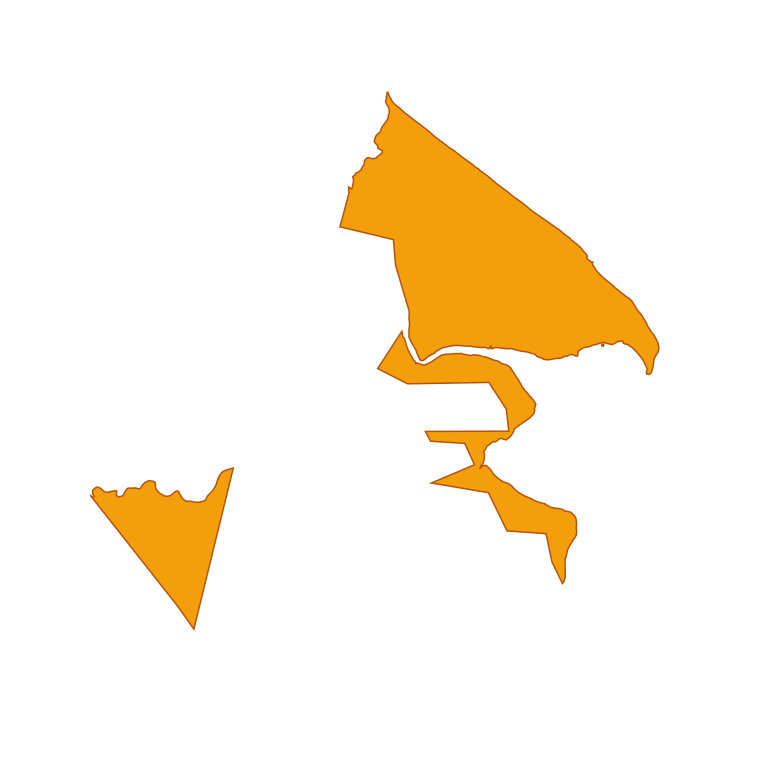 the district of Mapoon, Queensland, Australia, rotated 104°
{"feature_id": "25037944B16136262303417", "entity_name": "Mapoon", "entity_type": "district", "adm_level": 2, "iso_a3": "AUS", "parent_name": "Australia", "parent_adm1": "Queensland", "projection": "albers", "projection_center": [141.958, -12.172], "detail": "fine", "context": "isolated", "style": "filled", "palette": "amber", "viewbox_px": 768, "rotation_deg": 104, "n_neighbors": 0, "source": "geoboundaries", "source_scale": "gbopen_adm2", "svg_char_len": 6174}
<svg xmlns="http://www.w3.org/2000/svg" viewBox="0 0 768 768"><g transform="rotate(104 384 384)"><path d="M315.8,375.0L319.3,373.8L325.6,372.8L332.5,371.1L336.2,368.3L343.4,361.2L348.4,357.8L349.0,357.0L349.4,357.0L352.0,354.7L352.2,353.9L352.1,352.7L351.4,351.5L350.5,350.5L348.8,349.3L347.5,348.6L346.2,347.4L344.8,345.7L343.7,345.6L343.6,344.3L343.3,343.9L341.5,342.3L341.3,342.4L339.8,341.2L337.5,339.1L337.1,338.4L336.2,337.8L334.8,336.0L333.7,334.2L333.5,333.1L332.8,332.3L330.2,326.4L329.7,325.8L329.6,324.5L328.8,322.1L328.2,319.0L328.1,317.8L326.9,311.3L326.5,310.5L326.2,306.5L325.6,302.0L325.1,298.8L324.2,295.3L324.0,292.9L324.4,291.4L324.1,289.9L322.3,290.0L321.2,289.3L323.1,288.5L323.7,287.9L322.0,285.5L321.3,283.5L320.1,273.5L318.9,269.3L319.0,259.0L318.3,253.0L318.7,244.7L320.1,242.3L320.7,239.4L320.6,237.2L321.5,234.9L320.9,230.6L317.7,223.5L316.7,220.0L315.7,218.0L313.6,215.6L312.8,213.0L311.0,211.3L310.1,209.3L309.8,207.8L310.4,205.2L310.2,203.4L310.0,203.0L305.4,203.4L303.1,201.9L300.4,198.8L299.2,196.7L298.3,194.1L295.1,189.7L294.5,187.7L293.1,185.9L290.9,181.9L290.4,180.2L290.7,179.8L290.6,173.0L290.4,171.9L286.7,167.8L286.1,167.6L285.7,165.8L284.9,164.4L284.7,162.8L284.9,162.3L286.4,161.7L286.8,160.5L286.8,157.4L287.0,156.6L288.8,151.6L292.0,146.4L296.3,140.6L298.5,138.1L300.5,136.3L305.2,132.6L306.1,132.2L307.1,131.9L308.7,132.4L310.4,131.9L310.8,131.3L310.6,130.5L310.8,129.7L309.9,128.3L307.8,127.3L301.0,127.2L294.5,128.0L292.4,127.6L286.4,125.8L282.8,126.0L281.8,126.3L277.4,128.4L270.9,134.2L269.7,136.2L263.5,142.8L262.0,143.6L254.7,150.9L251.4,155.5L243.5,163.7L241.8,166.5L240.1,171.4L234.9,182.7L233.4,185.1L228.5,195.6L226.1,200.1L222.5,205.5L218.1,210.0L216.9,211.1L216.3,211.3L215.5,210.8L215.1,210.9L215.5,212.3L213.8,216.4L212.9,217.8L211.1,217.6L209.2,218.9L207.2,222.4L205.0,224.8L202.0,230.0L198.7,237.4L197.5,239.1L195.0,245.4L192.7,249.6L180.5,281.6L174.0,295.6L171.1,303.5L168.0,309.7L162.2,323.7L157.3,333.4L153.7,342.3L152.2,344.8L151.6,347.5L149.6,351.3L144.9,363.2L140.1,373.7L139.5,376.4L134.9,386.7L134.5,388.6L133.3,390.6L132.3,393.5L127.9,401.8L115.9,429.4L111.9,436.8L111.5,438.4L108.9,442.9L107.7,444.5L102.2,449.5L100.8,450.2L100.1,450.8L100.1,451.5L102.1,451.1L105.0,451.3L105.9,450.7L108.6,450.9L110.2,450.5L112.5,448.6L114.3,446.7L117.0,445.2L119.8,444.4L122.1,444.8L125.1,444.4L128.0,445.1L135.2,448.2L140.8,448.8L143.1,450.8L145.0,451.7L146.3,452.0L150.3,452.2L151.2,452.0L152.0,451.4L154.0,448.2L155.0,447.4L156.7,446.9L157.1,446.2L157.6,443.4L158.0,442.1L160.6,441.9L161.2,442.6L161.9,442.8L165.2,445.6L166.9,446.4L168.2,449.6L168.1,454.0L169.0,455.4L171.7,456.8L176.2,456.5L178.5,457.5L182.0,458.2L184.6,460.2L186.4,462.6L188.3,462.7L190.0,464.3L190.8,464.5L193.1,463.0L196.3,462.5L202.1,462.4L202.6,463.0L201.4,465.9L205.1,464.9L206.6,464.1L242.2,464.8L241.6,409.8L266.2,401.4L307.0,377.3L310.3,376.4L315.2,375.5L315.8,375.0ZM408.7,252.0L406.3,249.9L404.2,248.7L403.3,248.4L402.9,248.0L400.1,247.1L397.6,246.7L397.0,246.8L395.9,246.5L392.8,244.1L391.5,242.8L390.9,242.6L389.6,241.2L387.6,239.7L385.3,237.4L385.0,237.4L384.2,236.5L380.8,233.7L379.6,233.3L377.4,231.8L376.1,231.4L373.2,231.4L372.0,231.9L368.0,231.9L367.1,231.7L366.7,232.2L366.2,232.4L363.0,235.7L362.8,236.3L361.1,238.4L360.9,239.2L358.1,242.5L355.9,246.1L355.2,246.7L353.8,248.6L347.3,254.8L345.6,256.9L341.0,261.5L339.8,263.1L337.6,265.2L337.0,266.3L337.0,266.7L336.4,267.5L335.9,269.7L335.6,275.2L334.7,277.0L334.1,279.6L334.3,283.2L333.2,290.4L333.5,296.2L333.1,298.3L334.0,304.0L335.4,306.9L335.9,313.5L335.8,317.3L336.7,319.3L336.7,320.4L339.9,329.8L339.9,330.9L341.3,333.3L342.2,335.4L350.8,343.2L355.2,348.2L356.1,350.2L356.0,354.1L355.5,357.0L356.7,358.1L354.8,359.1L353.5,361.1L345.8,368.4L340.7,371.9L338.3,373.1L335.4,375.0L334.2,376.0L334.1,376.6L333.4,377.3L328.6,379.4L370.6,393.9L378.1,361.2L357.1,282.6L378.9,259.2L399.6,251.5L420.0,332.4L428.3,325.0L422.1,291.3L440.5,276.7L468.6,314.1L464.2,256.4L496.8,229.1L490.0,190.6L515.8,178.1L534.4,162.6L532.2,161.6L527.4,161.5L510.6,165.8L507.0,165.5L500.9,165.8L496.8,165.0L492.2,163.4L490.0,163.0L487.6,161.8L484.0,160.9L480.6,161.3L476.8,162.7L472.3,163.5L471.0,164.2L469.3,164.7L467.2,165.8L465.7,167.4L464.5,169.6L463.5,171.1L463.2,172.4L463.4,178.0L462.6,180.2L462.5,184.6L463.1,187.4L463.2,190.7L463.1,193.6L462.9,194.4L462.0,196.0L462.3,197.2L462.1,198.3L461.3,198.6L461.3,204.1L461.0,207.8L460.5,209.9L460.4,211.7L459.8,212.4L458.6,220.5L456.8,226.7L455.4,230.1L453.8,233.0L452.4,234.9L450.6,238.7L450.0,245.3L447.9,250.8L444.6,256.5L441.6,259.5L438.6,264.4L438.4,266.4L440.3,269.2L442.3,270.3L441.4,270.5L440.1,269.9L439.2,269.7L437.7,268.9L435.8,268.7L431.6,268.6L430.2,269.2L429.3,269.2L427.2,269.7L425.2,271.2L424.3,270.3L423.1,269.8L421.0,269.5L419.0,268.8L417.4,267.1L415.5,265.9L414.0,264.6L413.5,263.6L413.4,262.7L412.9,261.6L408.5,258.0L408.7,252.0ZM502.0,509.9L504.9,515.0L506.6,517.7L508.1,519.2L509.8,520.4L513.8,521.8L516.5,522.2L522.8,522.6L524.6,523.0L529.3,524.7L531.1,525.6L534.6,527.8L537.3,528.6L539.1,528.8L539.9,529.3L541.4,530.9L543.4,534.7L544.3,537.9L544.5,539.4L544.6,543.7L545.0,545.5L545.5,547.0L545.5,548.2L544.2,551.3L542.3,553.6L540.8,554.9L539.2,556.6L538.1,557.2L537.8,557.9L537.8,558.6L538.1,559.5L539.4,561.0L542.1,562.6L544.1,564.5L544.8,565.8L545.7,568.1L545.5,571.4L543.8,576.2L541.7,579.2L539.8,580.6L535.7,581.7L534.9,582.1L534.5,582.7L534.2,585.2L534.6,588.0L534.9,589.0L535.6,590.0L537.7,592.3L539.1,593.2L542.2,594.6L544.1,595.1L544.8,595.7L545.1,596.8L544.9,599.5L545.1,600.6L546.3,604.3L546.6,606.2L547.1,607.3L547.9,608.0L550.3,608.9L552.3,609.6L554.8,610.1L555.7,610.5L557.4,613.4L557.4,614.1L557.6,614.8L557.1,616.1L556.5,616.9L555.4,617.1L552.7,617.3L552.4,617.7L552.6,619.3L553.3,620.5L553.9,622.3L556.0,626.0L556.3,628.8L555.3,631.1L554.0,633.3L553.4,635.7L553.4,637.0L553.9,638.1L554.8,639.1L557.2,640.8L558.4,640.9L560.0,640.4L561.2,639.9L562.0,639.3L562.5,638.4L563.1,637.9L563.8,638.2L564.3,639.2L563.0,642.2L650.1,529.7L667.9,509.2L502.0,509.9ZM292.5,181.2L293.4,182.2L294.3,181.9L294.2,181.3L294.4,180.4L293.3,180.1L292.5,180.4L292.5,181.2Z" fill="#f59e0b" stroke="#b45309" stroke-width="1.5"/></g></svg>